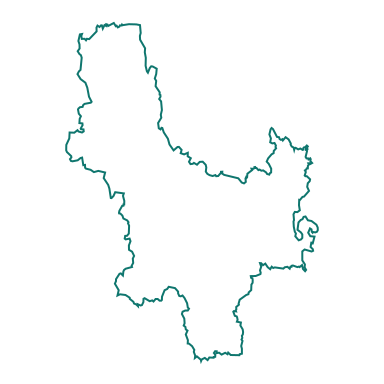 outline of Ambositra, Amoron'i Mania, Madagascar
{"feature_id": "10022922B13687813160362", "entity_name": "Ambositra", "entity_type": "district", "adm_level": 2, "iso_a3": "MDG", "parent_name": "Madagascar", "parent_adm1": "Amoron'i Mania", "projection": "natural_earth1", "projection_center": [47.304, -20.561], "detail": "fine", "context": "isolated", "style": "outline", "palette": "teal", "viewbox_px": 384, "rotation_deg": 0, "n_neighbors": 0, "source": "geoboundaries", "source_scale": "gbopen_adm2", "svg_char_len": 5989}
<svg xmlns="http://www.w3.org/2000/svg" viewBox="0 0 384 384"><path d="M77.7,51.2L79.4,54.0L80.9,55.2L81.7,57.7L80.5,69.9L78.9,71.4L77.5,74.1L80.6,79.1L85.4,82.7L87.3,87.7L89.0,96.7L91.6,101.8L90.8,102.7L84.5,103.9L83.1,105.2L82.6,106.9L80.0,107.2L78.4,108.6L78.0,109.5L78.8,113.7L80.9,116.2L79.7,118.8L79.4,123.1L82.4,123.4L82.6,125.1L80.7,128.6L81.0,129.2L83.5,129.4L83.7,131.4L82.0,132.5L78.5,131.5L77.5,130.2L74.3,132.7L69.6,132.5L69.3,138.4L66.3,144.9L66.2,150.3L66.9,152.0L71.2,156.1L71.4,157.4L70.0,159.1L70.9,160.9L72.5,161.3L77.7,160.3L80.6,158.0L82.1,157.6L83.3,165.2L85.0,164.9L85.1,167.7L85.9,168.6L90.6,169.8L93.9,172.1L98.3,170.9L105.1,172.5L103.7,178.1L108.2,184.9L109.4,188.7L110.8,198.0L111.5,198.1L113.5,196.0L115.2,192.2L123.8,193.4L123.0,195.9L124.3,200.9L124.2,204.4L123.5,204.4L123.4,205.7L122.2,205.8L119.4,210.8L119.0,212.7L119.1,213.4L120.4,213.6L122.4,215.6L123.4,218.5L127.2,220.4L128.5,222.2L128.0,223.2L129.1,225.7L128.8,233.6L127.0,235.8L125.2,235.9L124.7,238.6L125.7,239.4L129.6,238.6L130.5,241.2L128.9,245.4L129.0,249.8L132.1,251.7L134.1,255.9L132.8,258.6L133.2,262.9L131.6,265.9L132.0,267.0L125.7,268.7L124.1,269.9L123.4,271.4L122.9,275.5L120.8,273.4L119.5,273.8L116.0,279.2L116.0,281.1L114.9,283.7L118.7,290.2L117.5,295.5L120.0,294.3L125.5,295.0L129.7,297.7L129.8,298.9L133.4,301.8L134.0,303.5L136.3,304.5L137.9,306.1L137.7,304.2L140.6,305.5L141.9,305.1L143.4,302.1L143.5,298.8L144.6,298.2L149.7,301.2L152.2,300.4L153.5,301.5L155.6,299.0L157.7,299.0L159.6,300.7L161.2,300.7L161.9,299.9L162.0,296.7L164.6,290.2L167.2,289.0L168.7,286.8L175.0,288.1L178.1,291.6L178.1,293.4L179.3,296.0L180.8,296.3L182.5,295.5L184.5,298.0L187.1,303.2L187.8,307.5L189.0,308.7L187.8,310.5L185.3,310.5L182.6,311.7L181.9,314.0L184.3,318.6L184.6,323.3L183.7,325.6L185.4,326.9L185.8,329.4L187.5,330.6L185.8,334.5L187.9,340.2L187.7,343.5L189.1,343.7L192.1,346.2L194.3,349.9L193.8,351.9L195.2,355.6L194.9,358.0L196.9,356.4L200.8,359.7L201.1,361.0L201.8,359.4L204.8,357.9L207.6,360.1L209.3,357.5L213.6,357.7L213.7,357.0L215.2,356.8L215.3,354.8L213.9,353.0L215.1,351.2L216.7,351.3L216.6,353.1L219.1,352.7L221.6,354.6L225.2,352.8L227.5,354.2L228.2,352.6L230.7,355.0L239.4,355.2L239.7,354.2L241.9,353.7L241.9,348.7L241.2,346.0L242.5,340.9L241.5,339.6L242.3,337.9L241.9,335.8L242.8,334.5L243.1,332.1L242.7,329.4L240.4,325.5L240.9,322.5L236.9,321.7L237.6,319.8L237.1,317.3L236.7,316.4L234.8,315.8L233.3,311.7L233.9,311.1L236.0,311.4L235.6,310.4L236.3,309.5L236.2,307.0L238.9,304.7L238.6,303.6L239.7,299.7L246.2,295.0L248.4,294.2L248.7,292.4L251.2,290.1L251.4,284.6L252.6,282.8L252.7,280.0L252.4,278.3L251.1,277.8L250.8,276.1L255.7,276.0L260.4,274.1L260.7,272.8L260.0,270.3L261.2,266.7L260.0,263.1L261.2,263.2L263.0,265.2L265.3,263.6L267.7,267.2L270.2,269.2L271.7,266.7L273.2,268.0L274.8,267.4L283.4,268.6L284.7,267.3L287.4,266.8L289.7,268.7L290.4,266.8L291.5,266.8L291.6,265.8L292.9,265.5L297.4,267.1L298.9,266.6L299.6,267.1L302.0,265.1L303.0,269.0L305.1,271.2L306.1,269.9L304.6,267.3L304.9,264.4L302.3,260.4L302.3,251.4L304.6,249.5L311.6,251.5L313.1,250.8L312.8,249.2L310.6,247.0L311.3,242.6L312.1,242.6L312.5,244.3L314.5,236.6L310.3,236.2L308.2,232.7L310.0,228.4L311.5,229.4L311.8,231.8L312.6,232.7L313.0,232.0L315.4,232.4L317.0,231.7L317.8,230.1L317.7,227.5L316.4,224.7L311.5,221.0L307.9,220.3L305.5,216.5L303.6,216.9L302.5,219.2L300.7,220.0L298.5,222.4L297.5,229.8L300.9,232.4L302.3,234.4L302.3,237.9L301.1,239.4L298.7,240.3L295.3,236.3L295.9,233.5L294.8,231.7L293.8,226.8L293.5,221.5L294.0,220.1L293.5,214.3L294.8,211.9L297.4,212.1L299.8,210.3L299.0,205.3L299.2,199.9L299.8,200.1L302.5,196.9L304.0,196.6L309.0,190.9L307.2,186.9L307.8,183.2L309.7,181.2L310.1,179.3L306.8,176.2L305.4,176.2L304.7,175.5L305.8,172.0L304.9,170.4L306.1,169.7L306.7,168.4L307.8,168.4L307.9,165.8L308.9,164.6L308.3,163.3L309.5,163.2L310.3,164.0L312.1,163.0L310.3,161.0L310.7,159.2L310.2,158.3L308.5,159.4L308.1,158.4L306.5,158.4L305.6,156.9L307.0,151.2L306.9,150.3L306.0,150.0L306.0,148.8L307.4,149.0L307.2,147.2L307.8,146.4L306.8,145.5L305.1,147.3L304.1,147.3L303.3,148.2L303.5,149.6L302.6,149.9L300.3,148.5L298.2,149.4L295.6,147.8L294.7,148.1L294.2,149.9L293.6,147.5L291.7,146.5L290.6,144.5L290.8,143.5L288.6,139.4L285.6,137.2L282.9,140.4L282.4,139.2L281.0,139.9L279.6,139.0L279.0,137.2L277.0,136.9L273.0,129.1L271.6,128.0L270.6,129.3L269.4,134.4L270.9,138.4L270.2,142.3L272.3,143.4L274.5,143.0L275.9,145.5L275.5,147.0L276.1,148.3L273.8,150.9L273.6,153.2L271.6,154.3L268.1,158.4L266.7,161.6L268.8,163.9L271.2,168.7L271.1,172.5L269.9,173.2L269.3,174.6L267.1,174.0L266.1,172.4L263.2,170.4L261.3,170.7L259.6,169.6L258.4,170.1L256.5,168.0L255.6,168.0L255.2,167.0L254.4,167.1L254.3,168.2L253.4,168.8L251.5,168.7L252.1,170.1L247.4,173.7L247.1,177.3L246.6,177.9L246.1,177.2L245.5,178.5L245.8,181.9L244.0,183.4L241.7,182.5L238.3,178.3L224.2,174.9L222.2,173.6L222.3,171.7L221.0,171.8L221.0,172.7L218.2,176.0L216.2,176.2L215.4,175.1L212.6,176.0L209.5,175.1L207.3,173.8L205.8,171.6L206.3,167.4L205.7,164.8L202.7,161.7L199.7,161.9L197.0,164.7L193.9,162.9L192.8,163.8L190.5,164.1L189.0,161.8L190.8,158.2L187.7,156.3L187.8,152.8L184.1,154.4L180.7,153.2L181.6,149.9L178.9,146.9L177.5,147.0L173.6,150.4L169.5,144.5L167.9,138.7L163.8,132.4L162.3,128.0L161.5,127.8L160.5,129.4L158.8,128.3L158.1,123.0L161.3,117.7L160.8,114.8L161.9,110.1L161.1,101.4L159.2,99.0L160.5,96.7L160.4,95.0L159.6,94.6L159.7,92.3L155.6,86.2L156.2,80.9L154.8,78.5L156.2,74.1L156.7,68.7L152.7,66.5L151.2,66.3L149.8,68.0L147.9,72.7L146.9,71.3L145.6,65.8L145.8,57.8L144.8,52.3L145.1,48.3L140.1,39.7L139.9,35.9L140.7,33.0L140.0,25.1L136.3,24.4L128.9,24.2L122.5,25.2L122.0,24.6L121.6,25.5L119.9,25.4L119.4,26.6L117.8,27.4L116.6,25.7L115.8,26.2L113.8,23.0L108.1,26.0L107.5,24.6L106.2,24.2L106.0,25.9L104.5,25.1L102.8,28.6L101.9,25.4L101.1,25.3L99.5,27.0L97.5,25.6L96.5,27.6L96.6,31.4L89.2,39.1L86.9,38.8L86.0,40.3L84.6,38.8L81.8,38.9L81.3,35.9L82.0,34.0L79.9,34.4L78.4,41.0L79.5,44.4L79.6,48.5L77.7,51.2Z" fill="none" stroke="#0f766e" stroke-width="2"/></svg>